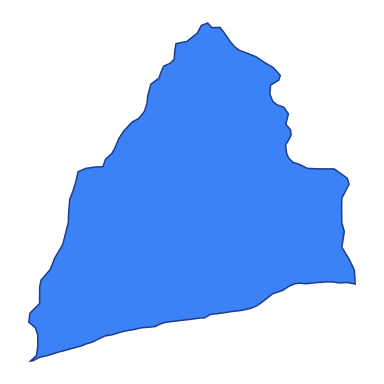 Agios Tychon, Limassol, Cyprus
{"feature_id": "46923920B2520611836654", "entity_name": "Agios Tychon", "entity_type": "district", "adm_level": 2, "iso_a3": "CYP", "parent_name": "Cyprus", "parent_adm1": "Limassol", "projection": "albers", "projection_center": [33.134, 34.723], "detail": "fine", "context": "isolated", "style": "filled", "palette": "blue", "viewbox_px": 384, "rotation_deg": 0, "n_neighbors": 0, "source": "geoboundaries", "source_scale": "gbopen_adm2", "svg_char_len": 1692}
<svg xmlns="http://www.w3.org/2000/svg" viewBox="0 0 384 384"><path d="M30.5,361.0L32.9,360.8L35.9,359.2L40.0,357.2L48.4,355.3L56.4,352.7L82.4,345.6L85.8,344.0L92.2,342.2L99.2,338.6L105.3,335.9L112.4,334.7L119.2,332.6L125.2,331.0L133.2,329.7L141.4,327.8L149.8,327.1L155.3,326.5L159.8,324.2L164.0,322.7L169.4,321.8L176.0,321.0L184.4,320.0L189.4,319.5L200.5,317.9L204.4,317.9L209.8,314.8L211.6,314.2L217.4,313.7L232.9,311.4L241.6,310.4L250.8,308.3L256.1,306.1L259.8,303.8L267.3,298.0L272.7,293.7L277.6,292.1L283.1,290.2L289.2,286.1L295.0,283.7L299.4,283.2L306.5,283.7L316.3,282.6L326.8,281.9L332.7,281.9L339.4,282.9L347.1,282.5L355.2,284.0L355.0,281.7L354.4,270.1L349.4,259.8L341.8,247.1L344.3,231.7L341.8,222.6L341.6,208.4L341.8,198.3L349.1,184.1L347.3,178.3L334.2,168.9L319.9,168.9L307.5,168.4L299.2,164.3L292.9,162.3L288.6,158.0L286.6,153.2L285.6,144.9L289.8,137.9L291.1,135.0L290.5,129.8L285.8,124.3L288.4,113.9L283.9,107.3L276.9,104.7L272.7,101.3L269.8,93.8L270.6,85.1L278.7,80.2L280.3,75.4L273.4,67.7L264.0,62.1L255.9,56.7L247.4,53.3L239.3,50.3L234.7,46.8L230.6,42.2L223.7,32.1L220.0,27.4L211.9,27.6L207.9,23.3L207.7,23.0L201.3,25.5L197.3,33.1L186.8,41.5L176.0,43.6L174.8,50.6L174.2,59.3L169.8,63.5L163.7,66.1L161.0,72.1L158.9,78.1L150.8,84.3L147.6,96.4L147.1,102.9L144.5,111.2L138.9,118.3L131.9,122.2L130.3,124.0L123.9,130.9L118.9,138.4L115.0,147.9L111.9,153.4L105.5,159.3L102.9,166.7L96.3,166.9L86.1,168.3L78.1,171.7L75.9,181.7L73.1,190.6L69.7,199.3L68.4,216.9L68.4,221.8L68.4,222.0L62.8,244.4L54.8,257.9L50.3,269.4L41.0,280.2L39.6,287.5L39.6,303.5L29.9,313.2L28.8,322.2L35.4,327.8L37.8,335.1L37.8,345.9L36.5,355.5L30.5,361.0Z" fill="#3b82f6" stroke="#1e3a8a" stroke-width="1.5"/></svg>